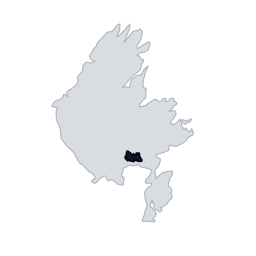 Ballinamore-Lea-6, Leitrim, Ireland (highlighted), rotated 149°
{"feature_id": "5873133B64566250281518", "entity_name": "Ballinamore-Lea-6", "entity_type": "district", "adm_level": 2, "iso_a3": "IRL", "parent_name": "Ireland", "parent_adm1": "Leitrim", "projection": "mercator", "projection_center": [-7.852, 54.028], "detail": "fine", "context": "in_parent", "style": "filled", "palette": "ink", "viewbox_px": 256, "rotation_deg": 149, "n_neighbors": 0, "source": "geoboundaries", "source_scale": "gbopen_adm2", "svg_char_len": 6777}
<svg xmlns="http://www.w3.org/2000/svg" viewBox="0 0 256 256"><g transform="rotate(149 128 128)"><path d="M156.4,48.0L151.9,51.2L151.2,52.4L149.9,57.3L149.7,58.7L146.9,64.2L145.3,65.3L142.9,66.2L141.5,67.0L139.8,66.6L137.6,66.7L136.6,67.6L136.6,68.4L137.3,69.2L141.3,71.7L141.0,72.8L139.9,73.9L132.7,76.8L130.6,78.6L129.8,79.8L130.6,81.7L136.3,87.5L137.3,88.1L138.2,91.5L143.2,92.9L145.3,95.0L147.1,95.5L150.9,95.3L152.5,96.1L153.4,95.5L153.9,94.4L158.2,90.3L156.9,87.2L161.3,82.0L162.5,82.1L164.5,83.7L166.2,85.9L166.8,88.9L168.4,91.5L169.4,92.4L172.2,93.0L172.8,94.0L172.3,97.9L172.7,99.1L179.8,99.1L182.7,97.4L185.1,97.7L186.3,99.4L186.9,101.2L184.8,101.8L182.6,101.5L181.5,102.6L181.4,104.9L182.2,107.8L183.6,109.8L184.8,114.4L185.8,119.5L187.3,122.5L187.6,126.3L187.4,128.2L187.7,131.5L187.0,132.7L187.5,135.8L190.1,145.9L190.6,153.7L189.3,156.7L187.6,159.4L186.5,162.7L185.7,166.2L185.2,171.9L181.5,178.6L179.9,180.2L178.1,181.2L182.1,185.9L178.8,187.9L175.3,188.6L171.4,187.4L168.9,187.6L165.8,190.0L165.1,189.5L163.7,185.7L162.6,189.7L160.3,190.9L156.5,190.6L150.0,191.7L147.6,192.8L146.5,194.5L145.8,196.5L144.8,197.7L143.6,198.4L138.6,199.8L137.7,200.4L135.4,203.7L132.3,205.5L129.8,206.1L127.6,204.2L126.7,203.1L125.7,202.5L122.2,202.6L123.3,203.2L124.0,204.5L124.4,207.0L124.0,209.5L122.3,210.8L120.3,211.0L117.1,213.6L112.9,214.3L110.6,216.7L96.8,220.7L96.0,220.7L94.1,219.7L92.0,219.2L89.9,219.6L84.1,221.8L81.3,221.4L84.9,215.8L89.7,213.0L90.2,212.2L88.7,211.8L79.5,213.8L76.3,215.5L73.1,215.9L74.6,213.4L78.7,209.9L82.3,207.6L83.8,205.6L88.1,203.3L74.2,208.1L70.5,207.5L69.7,206.1L66.8,206.8L65.7,203.5L70.0,198.6L72.4,196.5L75.3,195.3L78.1,193.7L79.2,191.7L77.9,191.0L69.4,191.5L65.4,191.1L65.6,189.5L66.4,187.7L70.5,184.7L72.8,184.2L74.8,184.5L78.4,186.3L83.1,185.7L81.2,183.8L80.8,179.8L79.3,178.5L81.2,176.7L83.5,175.6L87.2,171.8L88.5,171.2L95.8,170.3L103.7,168.3L111.5,165.5L107.5,163.9L105.6,161.9L102.5,166.0L100.3,167.6L94.0,168.4L92.0,168.0L89.2,166.7L88.3,167.2L87.5,168.2L83.4,170.2L79.0,170.7L84.1,167.0L90.5,160.7L92.0,158.7L94.0,155.2L93.4,153.7L92.0,152.8L96.7,145.6L98.4,144.3L101.3,144.1L103.5,143.0L104.5,142.9L105.4,142.5L107.3,140.4L104.3,139.0L101.3,138.3L91.8,139.0L90.5,138.9L89.4,138.2L88.6,137.3L88.0,134.8L87.3,134.3L85.2,134.3L83.1,135.0L81.6,134.9L80.2,133.9L82.5,131.3L79.5,130.7L76.5,131.2L74.0,130.5L73.9,128.9L75.0,127.3L73.5,125.8L73.2,123.9L74.8,123.0L76.6,123.3L80.1,121.9L84.6,121.2L80.7,119.8L79.2,118.7L79.1,116.8L79.4,115.3L83.9,112.7L88.7,111.5L88.3,109.8L88.7,107.9L83.8,107.3L79.1,108.7L79.6,105.1L80.7,101.8L80.9,99.7L80.7,97.4L78.5,98.3L78.2,95.1L77.3,92.9L73.9,94.4L74.0,91.4L75.0,89.4L76.7,88.5L78.4,88.9L81.6,88.8L84.7,87.3L89.2,86.9L96.2,87.4L101.1,91.8L102.4,91.0L104.3,88.2L105.2,87.9L112.6,89.1L117.1,90.7L118.3,90.2L117.7,87.1L116.1,85.0L118.1,82.2L120.5,80.3L122.1,79.4L125.8,78.2L127.4,77.1L128.5,73.5L130.2,70.5L120.9,72.0L112.1,68.5L113.5,66.0L115.3,64.5L118.5,63.4L118.8,62.1L120.5,61.0L123.2,58.1L122.2,54.3L122.7,51.6L124.6,49.8L125.2,47.2L126.1,45.3L130.0,44.6L133.8,42.8L139.6,42.6L141.2,43.3L140.8,40.1L143.5,39.7L144.6,40.3L145.1,42.6L146.3,44.0L146.7,46.5L145.9,48.4L144.5,49.8L145.8,51.3L143.8,54.0L145.9,52.9L149.0,50.2L148.8,48.1L148.3,45.3L147.4,42.9L147.8,40.1L149.5,38.4L154.0,37.6L152.2,34.5L153.8,34.2L155.6,34.9L158.2,37.3L163.8,40.7L161.1,43.7L157.7,45.7L156.4,48.0ZM78.1,106.3L78.0,107.6L75.8,105.9L74.8,104.0L69.0,103.1L71.4,101.2L72.6,101.8L76.7,101.8L77.9,102.6L78.1,106.3Z" fill="#d9dde1" stroke="#a8b0b8" stroke-width="1"/><path d="M132.9,93.0L133.0,93.1L132.9,93.3L132.7,93.4L132.8,93.5L132.7,93.6L132.7,93.8L132.8,93.9L132.7,94.0L132.7,94.3L132.6,94.5L132.5,96.2L132.4,98.2L132.6,98.5L132.4,98.8L132.3,99.0L132.2,99.2L132.1,99.3L132.0,99.5L131.8,99.5L131.8,99.4L131.7,99.4L131.7,99.5L131.6,99.9L131.4,100.4L131.4,100.5L131.4,100.9L131.5,100.9L131.7,100.6L131.8,100.4L132.1,100.3L132.2,100.5L132.3,100.5L132.4,100.3L132.4,100.2L132.5,100.2L132.8,100.1L132.9,100.3L132.9,100.6L132.8,100.8L132.7,100.9L132.6,101.4L132.8,101.3L133.3,101.0L133.4,100.9L133.3,100.6L133.6,100.7L133.8,100.6L133.8,100.8L133.8,101.0L133.8,101.3L133.7,101.3L133.5,101.6L133.5,101.8L133.6,102.0L133.7,101.9L133.8,101.9L133.8,102.0L134.0,102.2L134.4,102.0L134.4,101.9L134.6,101.6L134.8,101.5L135.0,101.4L134.9,101.2L135.0,101.1L135.4,101.1L135.5,101.2L135.6,101.3L135.8,101.4L135.9,101.2L136.0,101.1L136.1,100.8L136.2,101.0L136.4,100.9L136.3,101.0L136.5,101.2L136.7,101.3L136.8,101.5L136.8,101.8L136.7,101.9L136.7,102.0L136.6,102.5L136.5,102.8L136.5,103.0L136.7,102.9L136.9,102.9L136.7,102.7L136.8,102.5L137.0,102.7L137.3,102.4L137.5,102.5L137.5,102.4L137.6,102.5L137.8,102.8L137.6,102.9L137.6,103.0L137.9,103.3L138.0,103.3L138.0,103.5L138.1,103.3L138.4,103.3L138.5,103.5L138.8,103.8L138.7,103.9L138.7,104.1L138.6,104.3L138.6,104.6L138.6,104.9L138.6,105.1L138.7,105.5L138.8,105.7L138.9,105.8L139.0,105.9L139.0,106.0L139.3,106.2L139.3,106.3L139.4,106.7L139.4,107.0L139.5,107.0L139.7,107.3L139.7,107.5L139.9,107.8L139.9,108.0L140.0,108.3L140.3,108.4L140.4,108.5L140.5,108.5L140.8,108.6L141.0,108.5L141.0,108.4L140.9,108.2L141.2,108.1L141.1,107.9L141.3,107.9L141.5,108.1L141.7,107.9L141.8,107.8L141.8,107.5L142.2,107.3L142.3,107.2L142.2,107.0L142.2,106.9L142.3,106.9L142.5,106.9L142.6,106.7L142.8,106.7L142.8,106.4L142.8,106.2L143.0,106.0L143.5,105.8L143.5,105.7L143.7,105.4L143.7,105.2L143.8,105.1L144.0,104.9L144.2,105.0L144.5,105.0L144.9,105.2L145.1,105.1L145.1,104.9L145.3,104.5L145.4,104.4L145.5,104.4L145.7,104.2L145.8,104.1L145.9,103.8L145.6,103.7L145.8,103.4L145.9,103.2L145.9,102.9L145.7,102.8L145.5,102.7L145.5,102.4L145.7,102.2L145.6,101.9L145.6,101.7L145.4,101.4L145.6,101.3L145.7,101.2L145.4,100.9L145.2,100.8L145.2,100.7L145.1,100.8L145.1,101.0L144.9,101.1L144.7,101.0L144.4,100.9L144.3,100.7L144.2,100.7L144.1,100.4L144.3,100.2L144.5,100.1L144.4,99.9L144.2,99.8L144.1,100.0L143.9,99.9L143.9,99.6L143.8,99.3L143.7,99.3L143.6,99.2L143.4,99.3L143.3,99.2L143.1,99.1L143.0,98.9L143.0,98.7L142.9,98.7L142.6,98.5L142.5,98.2L142.3,97.9L142.2,98.0L142.0,97.9L141.9,97.9L141.7,98.0L141.5,97.8L141.6,97.7L141.5,97.4L141.3,97.4L141.2,97.4L141.1,97.1L141.0,96.9L140.8,96.8L140.8,96.7L140.6,96.8L140.4,96.7L140.2,96.8L140.1,96.7L139.9,96.5L139.9,96.4L139.7,96.3L139.6,96.5L139.3,96.7L139.3,96.8L139.2,96.9L139.3,97.0L139.1,97.3L139.0,97.2L138.8,97.2L138.6,97.0L138.4,96.8L138.3,96.7L138.0,96.5L138.1,96.4L138.3,96.3L138.2,96.2L137.9,96.0L137.7,95.9L137.6,96.0L137.4,95.8L137.4,95.7L137.2,95.4L137.2,95.1L136.8,94.8L136.7,94.5L136.4,94.1L136.2,94.1L136.1,93.9L135.9,93.8L135.7,93.8L135.6,93.7L135.3,93.3L135.1,93.3L134.9,93.4L134.7,93.3L134.3,93.2L134.2,93.2L134.0,92.9L133.9,92.7L133.6,92.7L133.6,92.8L133.4,92.8L133.1,92.7L133.1,92.8L132.9,93.0Z" fill="#0f172a" stroke="#020617" stroke-width="1.5"/></g></svg>